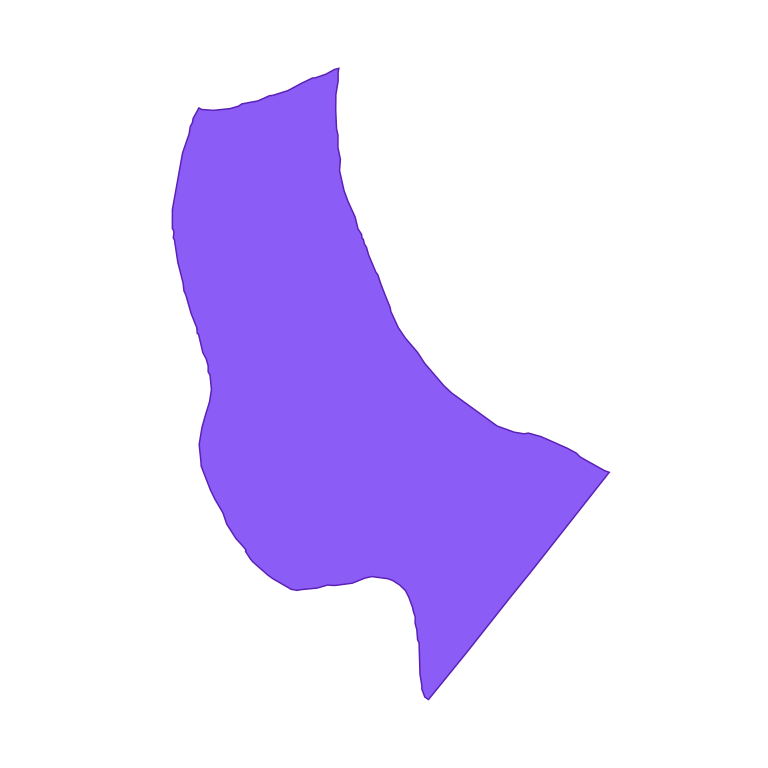 La Democracia, Huehuetenango, Guatemala (Albers equal-area conic projection), rotated 189°
{"feature_id": "79465075B38360675898536", "entity_name": "La Democracia", "entity_type": "district", "adm_level": 2, "iso_a3": "GTM", "parent_name": "Guatemala", "parent_adm1": "Huehuetenango", "projection": "albers", "projection_center": [-91.866, 15.617], "detail": "fine", "context": "isolated", "style": "filled", "palette": "violet", "viewbox_px": 768, "rotation_deg": 189, "n_neighbors": 0, "source": "geoboundaries", "source_scale": "gbopen_adm2", "svg_char_len": 1787}
<svg xmlns="http://www.w3.org/2000/svg" viewBox="0 0 768 768"><g transform="rotate(189 384 384)"><path d="M610.0,627.7L614.1,616.4L614.1,612.3L615.6,608.0L615.6,600.5L619.1,580.8L620.3,523.1L617.3,504.2L616.1,503.2L615.1,500.2L615.0,495.4L613.5,493.5L606.7,472.0L598.2,452.2L596.2,444.8L593.4,440.4L585.5,423.4L577.7,410.3L576.3,404.6L575.1,404.4L573.6,400.8L567.9,386.8L563.5,380.9L560.5,374.4L559.6,368.6L557.2,365.4L553.6,351.6L553.5,339.2L555.4,326.2L557.0,312.5L557.1,295.4L552.4,277.6L551.8,274.5L550.1,271.5L538.8,252.1L533.1,243.9L522.9,231.5L517.4,221.0L506.0,208.1L499.6,203.0L494.2,198.4L494.6,197.0L488.4,190.1L485.6,187.7L469.0,177.2L463.3,174.3L443.6,166.7L437.5,166.6L433.2,168.1L418.3,171.9L408.3,176.6L402.4,177.1L400.0,177.6L384.2,182.3L372.5,189.3L365.9,191.9L349.8,192.3L344.7,191.3L337.0,187.9L330.5,183.3L326.2,177.4L320.5,167.2L320.0,165.3L316.6,158.5L315.9,152.6L313.2,146.6L310.8,136.6L308.9,133.9L303.0,102.8L299.3,91.6L299.0,88.8L294.8,81.3L290.7,79.3L260.5,131.5L225.4,194.0L210.3,220.1L152.1,324.2L147.7,332.0L152.9,333.0L173.3,340.5L179.2,342.8L183.0,345.7L192.6,349.1L220.8,356.6L233.7,358.1L237.9,356.7L248.1,356.8L265.7,360.2L315.6,385.6L324.5,391.6L347.1,410.8L355.7,420.4L370.2,432.8L378.7,441.9L388.6,456.7L389.8,460.4L396.8,472.0L403.0,482.7L407.1,490.8L409.6,493.3L419.4,509.1L422.7,516.3L425.4,519.4L427.0,523.6L428.5,524.7L429.6,528.3L433.9,533.1L438.6,544.3L448.2,558.9L453.7,568.7L461.3,587.9L462.2,599.1L466.5,610.4L468.4,622.6L470.8,628.6L474.5,646.8L476.8,662.2L476.7,675.9L478.1,685.1L478.0,688.7L482.0,687.0L490.2,680.7L500.5,675.3L502.4,675.1L512.6,668.1L524.9,658.7L539.4,651.5L542.1,650.9L553.0,643.8L568.1,638.5L571.1,635.7L579.2,631.9L595.2,627.6L607.1,626.6L610.0,627.7Z" fill="#8b5cf6" stroke="#5b21b6" stroke-width="1.5"/></g></svg>